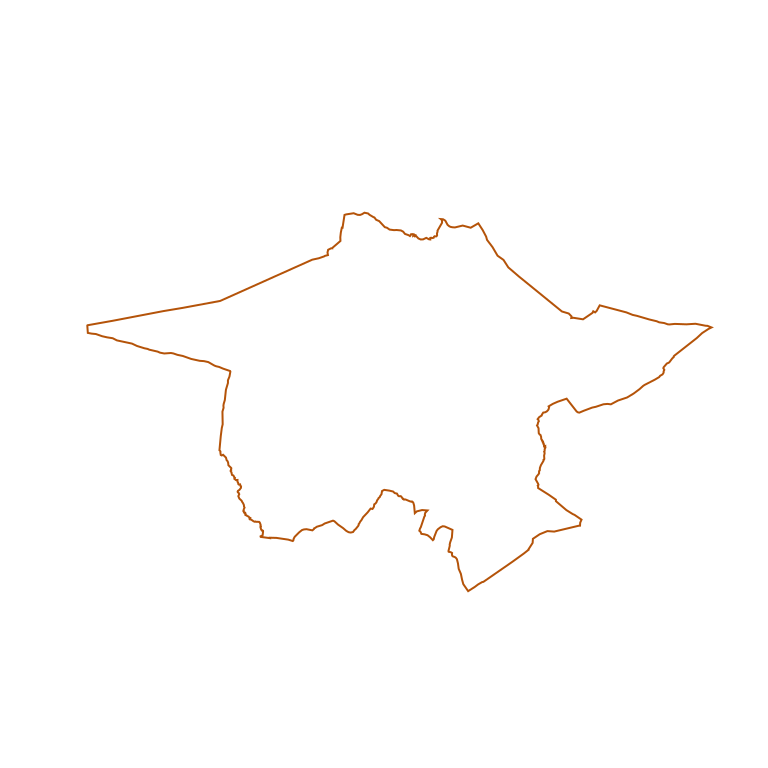 the district of Monduli, Arusha, United Republic of Tanzania, rotated 105°
{"feature_id": "72390352B11439822404473", "entity_name": "Monduli", "entity_type": "district", "adm_level": 2, "iso_a3": "TZA", "parent_name": "United Republic of Tanzania", "parent_adm1": "Arusha", "projection": "orthographic", "projection_center": [36.288, -3.452], "detail": "fine", "context": "isolated", "style": "outline", "palette": "amber", "viewbox_px": 768, "rotation_deg": 105, "n_neighbors": 0, "source": "geoboundaries", "source_scale": "gbopen_adm2", "svg_char_len": 6147}
<svg xmlns="http://www.w3.org/2000/svg" viewBox="0 0 768 768"><g transform="rotate(105 384 384)"><path d="M562.3,249.1L556.4,243.7L553.2,241.2L549.9,237.9L549.4,236.8L522.4,213.9L511.6,205.1L506.9,201.6L506.8,201.8L499.0,199.3L495.0,200.1L488.8,194.7L483.8,188.1L482.5,181.4L470.5,159.2L470.1,158.0L467.2,158.6L463.9,158.1L461.1,166.1L460.8,168.0L458.6,175.2L452.7,187.6L451.3,188.0L448.3,196.3L444.6,208.2L442.9,208.7L442.4,209.2L441.4,208.7L440.4,209.4L436.7,213.0L433.9,212.7L431.2,211.4L429.9,211.1L428.9,211.5L427.8,211.6L427.2,211.2L424.6,211.7L421.7,211.4L417.1,210.1L415.9,210.3L415.5,209.8L414.7,209.8L411.8,210.8L409.5,210.9L408.4,211.3L408.0,211.8L407.0,211.5L405.8,211.9L404.8,211.8L404.4,212.0L403.7,211.6L403.2,211.8L403.5,212.6L403.3,212.7L402.1,212.5L402.4,213.4L401.4,213.7L401.1,214.2L400.4,214.2L399.7,215.2L399.3,215.0L398.3,215.6L398.0,216.1L398.2,216.3L397.6,216.9L397.2,216.9L396.4,217.9L394.3,218.6L392.7,219.7L392.5,220.6L391.4,221.8L386.7,223.3L384.4,225.5L383.5,225.1L381.1,225.2L380.0,224.8L378.9,225.4L378.2,226.5L375.8,225.5L373.6,223.5L372.9,223.6L370.4,222.8L369.6,221.0L368.4,219.7L367.0,218.9L366.0,218.5L363.7,218.5L363.0,219.2L359.5,215.8L356.2,211.7L350.9,203.8L360.7,190.8L361.2,189.3L361.1,187.9L358.2,184.2L352.9,176.8L351.2,173.5L346.8,166.8L345.4,163.0L344.9,159.6L339.4,153.7L334.1,145.7L328.6,140.4L322.9,135.9L318.9,133.3L317.5,132.1L309.7,123.5L306.1,120.0L304.6,119.4L302.7,117.5L301.4,117.0L300.2,116.9L299.4,117.2L297.8,116.9L296.4,118.3L295.4,118.2L291.0,116.1L289.7,114.4L288.9,113.9L284.7,112.2L282.9,111.1L282.3,111.3L281.5,110.9L258.7,93.8L252.5,89.9L246.9,84.9L244.6,82.3L244.1,86.6L244.5,88.5L245.2,98.7L248.1,107.4L250.7,118.7L252.6,123.7L252.9,125.3L252.6,129.1L253.2,134.2L252.8,136.8L253.0,144.5L252.7,157.3L252.9,161.7L252.1,168.4L252.2,196.0L258.4,197.5L260.2,198.6L259.6,200.7L261.3,201.0L270.0,208.5L271.0,218.1L271.8,220.2L270.2,220.3L268.1,223.8L267.9,230.9L245.2,281.6L239.2,294.1L233.2,300.7L230.7,307.5L223.7,314.6L218.1,321.8L215.2,323.5L209.8,328.5L204.4,334.5L210.6,340.7L210.6,349.0L214.4,356.0L214.9,358.5L215.0,360.5L214.7,361.9L213.8,363.8L210.6,366.8L210.2,367.5L209.6,369.6L210.0,371.8L210.6,370.6L212.5,369.8L213.4,369.7L222.0,372.0L223.0,371.7L224.9,371.8L226.6,371.2L227.7,371.5L228.0,371.9L228.2,373.4L228.8,373.8L229.9,373.9L230.2,374.5L230.6,375.3L230.5,376.3L230.9,377.1L232.4,376.7L232.6,377.9L231.9,381.0L234.2,383.7L234.9,386.0L234.5,388.5L232.8,391.2L233.5,392.5L233.4,392.7L232.2,392.5L232.4,393.1L232.0,393.5L233.0,394.2L231.9,394.4L231.7,394.7L232.3,396.6L233.6,396.8L234.4,397.2L233.9,398.6L233.6,402.6L231.9,404.9L231.3,407.4L232.0,411.7L232.8,414.2L233.4,418.6L232.3,421.6L232.3,423.8L227.9,430.8L227.4,434.1L225.6,436.4L225.6,437.2L224.3,441.8L223.4,443.5L223.6,447.2L225.7,449.2L226.9,450.9L227.4,453.2L226.9,457.5L230.0,464.5L230.9,465.9L243.8,464.5L243.9,465.2L248.9,464.9L253.5,464.2L257.1,463.1L266.2,469.3L266.4,469.2L266.7,470.3L268.8,472.7L271.6,472.6L274.0,471.5L275.5,474.2L276.2,474.8L279.4,479.5L282.5,485.5L346.2,563.8L362.6,598.2L370.7,616.0L393.1,662.3L404.0,685.6L404.4,685.7L411.3,683.3L411.0,679.4L410.3,675.2L410.8,668.6L410.6,663.5L410.0,657.9L411.0,653.3L410.2,637.9L411.2,632.4L411.5,624.6L411.3,621.3L411.6,619.7L411.3,611.0L411.7,608.5L411.4,604.2L409.2,597.8L409.0,595.4L409.3,591.1L409.0,585.6L409.7,576.7L409.3,568.0L408.5,563.8L408.3,559.4L410.1,552.6L410.3,550.8L410.2,547.7L410.8,543.4L411.3,536.0L411.8,535.6L416.8,535.2L420.8,535.7L423.4,535.0L430.5,535.2L440.7,533.6L444.7,533.7L446.5,533.5L448.5,532.8L452.5,532.9L464.7,529.4L468.4,529.3L476.5,528.2L490.6,525.8L491.1,524.9L491.8,524.4L492.6,524.3L494.8,523.3L495.0,522.2L494.0,521.1L496.0,517.6L498.3,516.3L498.9,515.3L500.1,514.3L502.8,513.2L504.7,509.8L505.2,509.6L506.2,509.7L506.7,509.3L507.7,509.7L508.2,509.3L508.8,508.4L509.7,508.1L511.2,507.2L511.3,505.9L512.1,505.0L512.7,504.7L513.2,503.7L514.3,504.0L515.1,502.2L514.6,500.7L516.3,500.3L516.9,499.5L518.4,498.8L518.7,498.3L518.2,497.0L519.5,496.4L519.8,495.6L521.3,495.3L523.6,496.2L525.0,497.4L525.9,497.5L526.5,497.1L526.7,496.3L527.9,495.3L530.0,495.7L532.1,494.1L533.6,491.3L534.4,490.7L535.7,489.2L537.2,488.0L538.6,487.5L539.5,486.7L540.9,487.0L542.4,487.0L542.7,486.7L543.1,486.9L543.3,486.5L544.0,486.2L544.2,485.0L544.7,485.1L544.7,484.6L545.4,484.0L546.0,484.2L546.5,483.9L546.5,482.7L546.9,482.0L547.1,480.5L547.8,479.6L548.0,478.6L549.1,479.0L549.5,478.4L549.3,477.4L550.4,474.4L550.5,473.1L550.1,472.6L550.2,471.9L549.5,469.0L549.9,468.2L551.8,466.8L553.8,466.4L553.7,466.0L554.9,465.9L555.9,465.3L556.5,464.9L556.7,464.1L557.2,463.9L557.1,462.9L557.9,462.6L561.5,462.1L562.8,462.3L562.5,463.2L563.1,463.8L563.6,463.5L562.4,454.2L562.0,454.4L560.5,448.1L559.1,436.2L559.3,431.5L558.6,431.1L556.8,431.2L554.7,430.7L549.3,427.6L546.3,425.4L545.2,423.7L544.3,421.3L543.9,415.3L542.2,414.1L541.5,414.1L540.8,413.2L539.3,412.0L536.3,407.2L534.1,405.2L529.2,397.9L529.4,396.4L531.7,392.0L533.8,386.2L535.6,382.5L536.1,380.7L536.3,379.6L536.1,377.7L535.0,375.6L532.4,374.6L531.8,374.0L527.8,372.2L526.9,372.0L525.9,372.2L525.2,371.8L523.2,371.4L521.4,370.6L518.0,369.7L512.3,366.6L507.8,364.7L507.7,362.8L505.8,362.1L504.8,362.0L502.8,362.3L501.8,361.4L500.3,360.7L498.1,360.5L496.1,359.7L495.5,359.7L494.3,358.8L493.1,358.7L491.2,357.9L487.9,358.2L486.2,356.4L485.6,351.2L485.5,347.4L486.6,345.4L486.5,343.1L488.2,341.5L488.5,340.5L488.0,338.8L488.4,338.0L489.8,336.4L489.8,336.0L490.2,335.9L490.5,334.7L490.1,334.3L490.0,333.2L490.6,328.7L490.6,326.5L490.3,326.4L490.6,325.6L491.2,324.9L493.5,323.5L500.8,320.8L498.5,319.3L495.9,314.6L494.9,309.3L497.7,310.8L499.4,310.8L500.6,310.3L501.5,310.7L512.8,311.4L514.3,311.8L516.6,311.9L517.3,310.5L519.1,309.1L518.7,305.9L518.8,302.8L520.1,299.8L522.2,296.4L521.2,295.8L518.8,295.9L512.4,295.2L510.4,294.4L507.7,292.3L506.2,290.5L505.9,288.5L507.2,280.1L514.7,278.7L519.9,279.1L522.1,279.0L523.2,278.6L528.7,278.5L529.3,278.1L529.2,276.0L529.6,274.5L531.2,274.2L532.2,273.7L532.7,272.8L532.8,271.0L533.2,269.7L534.4,268.2L538.2,266.1L543.2,264.0L547.5,260.6L552.7,258.0L556.8,255.6L562.3,249.1Z" fill="none" stroke="#b45309" stroke-width="2"/></g></svg>